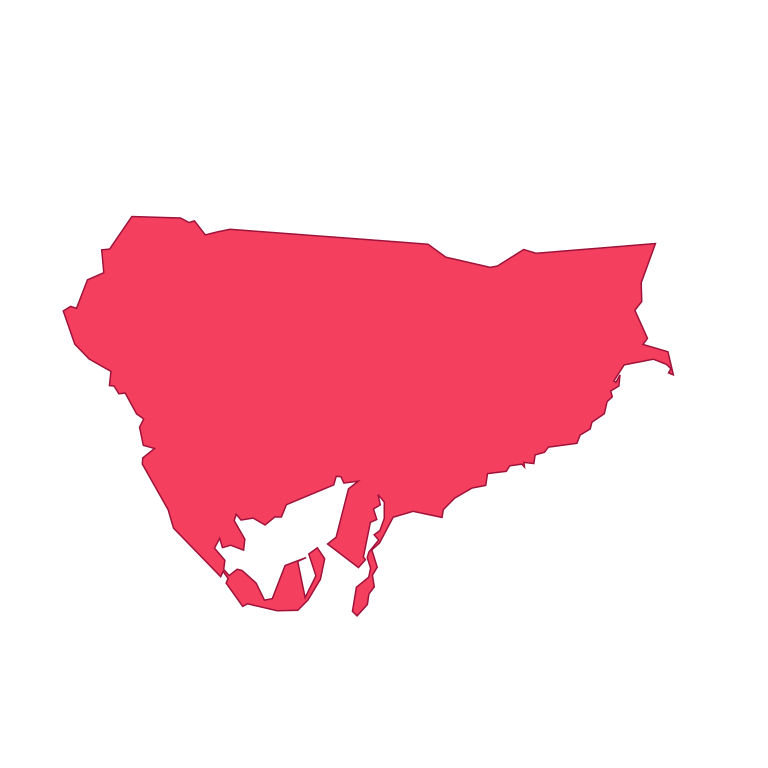 outline of Galway City West Lea-6, Galway, Ireland, rotated 347°
{"feature_id": "5873133B97398643420992", "entity_name": "Galway City West Lea-6", "entity_type": "district", "adm_level": 2, "iso_a3": "IRL", "parent_name": "Ireland", "parent_adm1": "Galway", "projection": "mercator", "projection_center": [-9.109, 53.266], "detail": "fine", "context": "isolated", "style": "filled", "palette": "rose", "viewbox_px": 768, "rotation_deg": 347, "n_neighbors": 0, "source": "geoboundaries", "source_scale": "gbopen_adm2", "svg_char_len": 2016}
<svg xmlns="http://www.w3.org/2000/svg" viewBox="0 0 768 768"><g transform="rotate(347 384 384)"><path d="M196.3,568.9L201.6,567.5L228.9,580.9L249.1,585.1L261.3,577.4L278.1,560.0L286.9,540.9L282.2,528.6L272.5,532.7L274.5,555.6L259.1,574.4L260.0,537.5L269.1,535.6L246.8,538.6L226.9,568.0L218.9,567.7L214.6,549.2L203.7,533.7L199.3,531.5L190.0,535.8L186.1,528.6L189.3,520.0L181.9,505.8L189.2,497.4L189.8,507.1L198.3,506.6L209.8,514.3L213.5,503.9L207.3,483.4L210.7,477.7L214.1,484.4L226.3,485.2L236.4,494.6L247.7,489.0L254.1,490.5L261.8,479.6L312.3,471.0L316.7,463.2L321.2,464.7L322.6,471.5L337.0,472.9L325.8,478.2L302.9,522.5L293.0,527.2L317.8,557.1L326.4,551.0L325.0,547.9L339.6,515.7L346.5,514.4L345.6,503.4L353.2,500.9L353.3,490.4L357.7,499.1L354.0,515.1L347.1,525.8L340.5,528.7L343.7,534.9L331.6,544.2L328.6,549.3L329.5,560.4L325.7,568.8L311.4,575.8L302.1,598.4L305.6,603.9L318.2,595.1L322.1,585.1L328.9,579.5L329.7,567.7L336.2,561.0L334.8,542.9L343.8,538.0L362.9,515.9L383.7,514.6L410.5,527.1L413.5,519.8L427.2,511.1L446.3,505.2L460.3,505.7L464.7,494.6L483.5,496.6L488.1,492.0L500.4,493.1L502.2,496.5L502.8,491.9L512.1,495.2L515.3,487.1L525.0,486.6L529.9,482.5L558.6,485.2L563.7,477.8L574.8,474.2L578.0,468.0L592.0,462.5L597.4,451.4L603.6,447.8L603.3,441.8L612.4,438.8L616.0,428.2L610.3,434.6L608.7,432.7L622.3,419.4L652.0,420.4L663.7,428.5L667.0,433.7L663.7,437.2L668.0,440.2L667.9,416.5L645.2,403.7L651.0,398.8L645.0,368.6L653.7,361.6L657.4,343.2L680.1,308.2L561.4,290.8L550.4,284.4L520.9,294.6L513.6,294.2L472.7,274.3L458.3,257.7L268.7,198.6L255.9,198.3L243.4,198.5L236.0,182.4L230.3,182.8L223.1,176.5L176.0,164.1L147.0,190.8L139.1,189.8L136.0,212.5L118.5,215.8L101.4,241.1L96.1,237.9L87.9,240.7L91.7,275.7L102.4,293.4L120.8,310.3L116.1,323.8L120.5,325.3L123.5,333.9L129.8,334.6L136.2,357.5L142.0,364.0L136.1,371.1L135.7,389.6L145.9,395.2L132.3,401.8L130.5,407.6L145.4,458.0L146.5,477.1L181.5,535.0L185.1,530.5L188.3,538.4L185.4,542.5L196.3,568.9Z" fill="#f43f5e" stroke="#9f1239" stroke-width="1.5"/></g></svg>